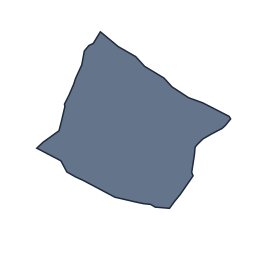 Manlai, Ömnögovi, Mongolia (Equal Earth projection), rotated 221°
{"feature_id": "93677404B4911354311054", "entity_name": "Manlai", "entity_type": "district", "adm_level": 2, "iso_a3": "MNG", "parent_name": "Mongolia", "parent_adm1": "Ömnögovi", "projection": "equal_earth", "projection_center": [107.044, 43.953], "detail": "fine", "context": "isolated", "style": "filled", "palette": "slate", "viewbox_px": 256, "rotation_deg": 221, "n_neighbors": 0, "source": "geoboundaries", "source_scale": "gbopen_adm2", "svg_char_len": 764}
<svg xmlns="http://www.w3.org/2000/svg" viewBox="0 0 256 256"><g transform="rotate(221 128 128)"><path d="M59.3,203.1L87.8,196.1L102.2,190.6L121.9,187.9L133.5,189.3L155.9,185.4L169.0,186.9L188.9,183.0L211.6,182.5L212.0,182.4L209.7,169.1L211.6,164.7L211.5,157.5L204.3,145.3L200.1,131.0L197.7,125.4L194.1,114.2L191.6,104.3L189.7,102.8L182.7,89.5L178.3,80.7L179.6,75.0L182.8,61.3L183.6,52.9L157.1,59.2L145.3,54.7L135.4,56.7L127.6,59.0L92.4,67.2L79.3,74.2L73.4,77.3L66.6,81.1L60.8,85.2L55.6,86.1L44.0,94.6L44.7,103.0L45.0,112.4L47.5,134.6L50.8,136.3L60.6,151.8L64.4,157.0L64.8,158.1L64.9,160.9L64.3,168.9L61.4,177.3L60.1,180.7L56.7,189.5L56.2,193.7L56.5,202.2L57.3,202.5L57.5,202.5L58.7,202.9L59.3,203.1Z" fill="#64748b" stroke="#1e293b" stroke-width="1.5"/></g></svg>